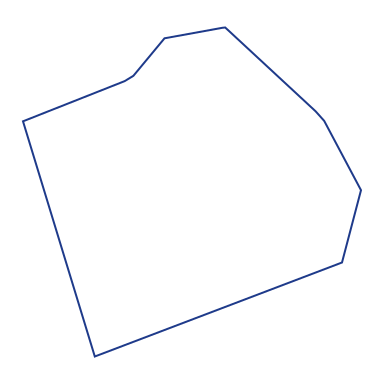 SVG path tracing the border of Saint George
{"feature_id": "BRB-1991", "entity_name": "Saint George", "entity_type": "Parish", "adm_level": 1, "iso_a3": "BRB", "parent_name": "Barbados", "parent_adm1": "", "projection": "mercator", "projection_center": [-59.543, 13.145], "detail": "fine", "context": "isolated", "style": "outline", "palette": "blue", "viewbox_px": 384, "rotation_deg": 0, "n_neighbors": 0, "source": "natural_earth", "source_scale": "10m", "svg_char_len": 263}
<svg xmlns="http://www.w3.org/2000/svg" viewBox="0 0 384 384"><path d="M225.2,27.5L315.6,111.3L324.2,120.9L361.0,190.2L342.0,262.5L94.8,356.5L23.0,121.3L124.7,81.1L133.4,75.8L164.5,38.3L222.3,27.8L225.2,27.5Z" fill="none" stroke="#1e3a8a" stroke-width="2"/></svg>